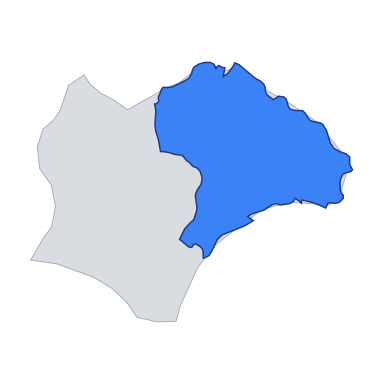 location of Diekirch within Luxembourg, rotated 95°
{"feature_id": "LUX-906", "entity_name": "Diekirch", "entity_type": "District", "adm_level": 1, "iso_a3": "LUX", "parent_name": "Luxembourg", "parent_adm1": "", "projection": "equal_earth", "projection_center": [5.98, 49.94], "detail": "fine", "context": "in_parent", "style": "filled", "palette": "blue", "viewbox_px": 384, "rotation_deg": 95, "n_neighbors": 0, "source": "natural_earth", "source_scale": "10m", "svg_char_len": 2383}
<svg xmlns="http://www.w3.org/2000/svg" viewBox="0 0 384 384"><g transform="rotate(95 192 192)"><path d="M196.0,57.3L193.2,68.8L193.7,94.7L203.4,120.6L226.1,146.2L243.5,164.8L266.8,179.7L306.4,193.8L322.2,196.7L324.4,215.8L321.5,236.0L307.8,247.2L295.0,263.3L285.3,283.0L275.3,320.8L273.9,346.9L251.0,336.1L239.0,328.8L218.2,326.8L197.4,332.7L181.7,346.0L160.4,350.0L142.6,346.0L132.2,336.1L122.8,330.7L96.3,324.1L84.8,309.6L93.6,302.9L101.1,292.2L107.6,277.2L115.7,263.4L89.7,225.5L84.3,213.9L62.9,192.5L63.2,181.6L68.3,171.3L66.5,163.3L69.5,144.3L84.5,126.3L94.4,104.0L111.3,73.7L148.4,37.3L175.0,42.9L186.6,42.8L193.8,56.1L196.0,57.3Z" fill="#d9dde1" stroke="#a8b0b8" stroke-width="1"/><path d="M196.3,57.5L193.9,63.7L192.3,69.7L190.2,81.8L190.8,82.1L192.8,82.0L193.6,82.1L192.3,83.5L189.2,88.5L192.8,90.3L195.1,93.8L197.2,102.8L196.2,107.6L197.7,111.1L203.6,118.5L208.7,130.6L211.5,134.4L215.1,128.4L220.9,136.2L232.1,158.3L237.4,162.8L249.0,167.0L253.9,169.6L255.6,172.0L256.9,175.0L250.6,175.7L248.1,176.6L246.2,178.3L244.2,181.9L243.5,183.9L244.3,185.7L245.4,186.5L247.2,187.4L247.1,189.3L246.9,190.8L240.2,200.2L229.4,196.1L222.4,190.7L219.3,187.7L209.9,185.7L206.6,185.8L195.2,188.4L192.0,187.8L188.9,186.6L184.0,183.9L180.1,183.2L176.8,183.2L171.1,185.5L167.9,188.6L167.2,190.4L166.4,193.3L162.8,197.2L161.1,200.3L156.9,204.2L156.2,206.7L156.0,212.9L154.8,217.6L154.3,222.3L154.4,226.9L142.6,230.1L134.1,233.5L128.9,234.7L114.2,235.1L107.6,236.9L107.4,235.9L105.5,233.3L103.3,233.2L101.1,233.8L99.2,233.5L97.1,232.6L92.4,231.4L90.2,229.9L90.4,228.9L89.6,222.9L89.1,220.8L81.1,207.7L78.8,205.0L74.5,202.8L70.9,202.3L67.4,200.9L63.8,196.0L61.8,190.5L61.3,185.4L62.8,181.2L66.9,179.0L63.6,176.5L64.2,174.9L64.8,173.9L65.3,172.6L65.3,170.1L74.2,170.9L71.1,166.9L63.6,162.2L59.6,160.6L60.9,156.5L72.7,139.7L74.1,137.0L74.9,134.8L76.2,132.5L78.8,129.6L81.2,128.3L86.3,127.3L89.1,125.2L92.8,119.2L91.4,116.8L89.0,114.4L89.4,108.4L91.5,106.1L98.4,103.6L100.9,101.5L101.7,98.1L101.7,94.0L101.3,89.0L103.4,86.3L108.3,82.8L110.4,80.4L111.3,77.4L111.9,70.4L113.2,67.7L118.8,63.5L131.4,58.4L136.4,54.1L139.1,47.9L140.5,42.0L143.4,38.0L150.6,37.4L155.9,34.0L158.0,35.9L159.2,40.0L161.2,43.2L164.2,44.4L165.7,45.0L169.5,45.4L177.2,44.4L180.2,42.9L182.4,41.0L185.0,40.7L189.4,44.2L190.8,48.2L190.5,52.2L191.2,55.6L196.3,57.5Z" fill="#3b82f6" stroke="#1e3a8a" stroke-width="1.5"/></g></svg>